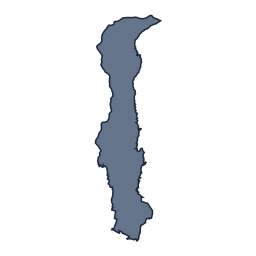 Stanesti, Gorj, Romania
{"feature_id": "2599482B13485546632352", "entity_name": "Stanesti", "entity_type": "district", "adm_level": 2, "iso_a3": "ROU", "parent_name": "Romania", "parent_adm1": "Gorj", "projection": "orthographic", "projection_center": [23.248, 45.191], "detail": "fine", "context": "isolated", "style": "filled", "palette": "slate", "viewbox_px": 256, "rotation_deg": 0, "n_neighbors": 0, "source": "geoboundaries", "source_scale": "gbopen_adm2", "svg_char_len": 5950}
<svg xmlns="http://www.w3.org/2000/svg" viewBox="0 0 256 256"><path d="M141.1,225.0L142.7,224.6L145.0,222.9L145.5,222.8L145.4,221.4L145.6,220.6L146.4,218.9L146.8,218.6L149.2,218.8L149.4,218.0L149.7,217.7L150.0,218.0L150.9,218.4L151.4,218.2L151.7,217.5L152.2,214.5L152.5,214.1L152.4,212.1L152.6,210.9L147.6,203.3L141.3,201.5L141.3,197.3L142.7,197.3L141.2,196.2L139.8,194.8L138.9,194.4L138.7,194.0L138.0,193.9L138.3,192.7L138.7,192.3L138.4,191.9L137.5,191.9L137.5,190.8L136.3,190.7L136.3,190.2L136.2,190.1L137.2,189.9L137.3,189.3L137.0,189.1L136.9,188.2L137.7,188.2L138.0,187.8L138.5,187.7L138.1,187.1L138.4,186.5L138.1,184.8L138.2,184.0L138.6,183.5L138.4,183.4L138.4,182.6L138.6,182.2L138.8,182.1L138.7,181.9L138.7,181.4L139.3,181.5L139.6,180.9L139.4,180.5L138.2,180.5L138.1,180.3L138.7,178.6L140.0,178.4L140.3,178.0L139.1,178.1L139.3,177.7L139.7,177.4L139.2,176.8L140.0,175.9L140.1,175.0L140.8,173.6L141.5,173.1L140.8,172.5L141.5,172.1L140.8,169.9L141.5,166.4L141.9,165.9L142.9,165.4L142.3,165.2L142.7,164.7L143.1,164.5L143.3,164.7L144.6,164.5L144.6,164.0L145.9,163.7L144.8,163.5L145.0,163.2L145.6,163.0L145.6,162.6L145.9,162.5L145.6,162.1L144.9,162.8L143.8,162.8L143.7,161.8L143.4,161.5L143.5,160.8L143.9,160.6L144.0,159.6L143.6,158.2L143.4,158.0L143.7,157.5L143.1,156.6L143.0,155.5L143.3,154.3L143.9,152.9L144.3,152.5L142.7,150.8L142.3,148.5L141.3,148.4L140.4,149.3L140.0,150.3L139.3,151.3L138.8,151.4L137.8,150.9L137.2,150.9L136.9,150.5L137.0,149.8L136.6,148.8L136.9,149.2L137.1,149.2L137.0,148.3L135.7,148.5L136.5,147.8L136.6,147.3L136.6,145.9L136.8,145.5L137.2,145.5L137.4,144.5L137.3,143.8L136.4,143.3L136.8,142.2L136.6,142.1L137.3,141.1L137.4,140.6L137.5,140.0L137.3,139.8L137.6,139.4L137.3,137.8L138.0,137.0L138.4,136.0L138.6,136.0L138.9,135.6L138.7,133.9L139.0,131.7L138.8,130.7L139.7,130.4L140.2,129.5L140.9,129.3L141.0,128.7L139.9,128.6L139.2,129.0L138.4,129.2L138.2,128.2L138.6,126.6L138.0,125.8L137.7,124.3L137.3,123.5L136.6,123.2L135.9,122.5L137.0,122.0L137.7,120.7L137.5,120.3L136.5,119.5L137.6,118.3L136.6,117.2L136.7,115.1L136.6,114.6L137.3,113.7L137.2,113.3L136.2,113.0L135.4,111.9L135.4,111.6L135.9,110.9L136.0,110.5L135.0,109.4L135.0,109.2L135.3,109.0L134.9,108.5L135.0,107.9L135.6,107.3L135.4,106.8L134.5,105.8L134.4,105.4L135.3,104.8L135.5,104.3L134.4,103.0L134.8,101.0L134.3,100.0L134.4,98.3L134.2,97.2L134.6,95.4L135.5,93.7L134.8,92.7L135.3,91.7L135.2,91.0L134.7,90.7L134.6,90.0L133.8,89.2L133.7,88.3L133.0,86.3L133.0,85.2L132.9,84.6L133.2,83.5L132.6,82.4L132.6,81.9L132.7,81.2L133.3,80.6L133.5,80.3L133.5,79.6L134.0,79.1L134.4,77.5L136.1,75.8L136.8,74.5L137.8,73.0L138.8,72.3L138.8,70.9L139.6,69.8L140.1,67.8L140.7,66.9L140.5,65.2L141.6,61.6L140.9,60.6L141.3,59.3L141.1,58.5L140.4,58.1L140.3,57.3L140.0,57.0L140.0,56.6L140.4,56.0L139.9,54.8L138.6,54.8L137.5,55.5L136.7,55.2L136.8,54.6L137.9,53.4L137.9,53.0L136.8,52.2L136.6,51.8L137.1,51.3L136.1,50.3L135.9,49.0L135.0,48.4L135.5,48.1L135.3,47.5L135.6,46.9L134.9,46.1L134.7,44.9L134.8,41.8L135.6,39.4L136.6,38.9L137.4,38.2L137.5,37.3L138.2,36.9L138.9,35.8L139.6,33.9L141.0,33.0L142.0,31.7L143.1,31.1L143.4,30.7L144.2,30.5L144.7,29.7L145.6,29.2L146.6,29.1L147.4,28.7L149.1,27.3L150.8,25.5L151.7,25.4L153.6,24.3L154.5,24.3L156.6,23.4L157.6,22.6L160.6,20.8L156.7,18.8L154.0,17.9L153.3,17.4L151.7,15.6L151.2,15.4L149.9,15.6L146.3,17.9L143.0,18.8L139.5,18.4L137.2,17.5L135.7,17.2L134.1,17.3L132.9,17.6L127.4,17.5L123.0,17.9L119.1,20.7L116.9,21.4L114.8,21.5L114.2,22.1L114.1,23.4L113.8,24.3L113.4,24.7L111.2,25.3L108.4,25.3L108.0,26.5L107.2,27.2L105.9,29.4L104.6,30.6L102.1,35.0L102.0,36.2L101.7,37.2L101.9,39.4L101.7,40.0L101.7,41.4L101.5,41.8L99.6,43.9L97.8,45.2L96.7,46.5L97.4,48.7L101.2,53.9L102.3,55.8L102.0,56.3L102.2,57.1L101.4,59.5L102.0,62.3L101.0,64.2L101.0,64.9L102.7,68.3L104.4,70.3L105.3,72.1L107.7,73.5L109.3,75.3L109.8,76.3L109.9,76.8L109.6,77.7L109.7,78.3L109.4,79.0L109.5,80.4L109.3,81.2L109.7,83.5L109.6,86.4L111.5,89.0L112.1,91.3L112.7,92.7L112.8,93.5L112.7,94.5L113.1,95.7L112.8,96.4L111.8,97.3L110.7,98.7L111.0,99.7L110.9,101.6L110.3,103.4L110.3,105.4L110.6,106.2L110.8,108.4L111.6,110.0L111.2,111.6L109.2,113.8L109.3,115.1L109.0,118.0L108.8,118.7L107.4,121.2L106.9,121.6L104.7,122.2L102.4,122.4L101.5,123.4L101.2,125.2L101.5,127.0L101.3,129.9L100.5,131.5L99.3,132.6L97.9,136.9L97.2,138.1L95.9,140.0L95.4,142.9L99.0,147.1L99.4,148.1L101.0,150.3L100.8,151.2L100.1,152.0L99.7,153.1L99.6,154.3L99.9,155.3L99.1,156.7L98.2,157.5L98.2,158.6L97.7,161.0L98.1,162.6L98.6,162.6L98.3,164.4L98.9,164.5L98.7,164.7L99.3,164.9L99.5,165.2L99.0,166.0L99.3,166.5L100.5,165.4L101.6,166.8L102.5,166.6L102.7,166.0L102.6,165.3L102.8,164.9L102.9,165.6L103.7,165.9L103.3,166.3L103.4,166.5L103.2,166.6L103.1,167.0L105.6,166.1L106.1,167.0L106.6,167.9L107.3,170.7L107.4,172.1L107.4,174.3L107.5,174.7L107.9,174.7L107.3,175.6L108.6,176.4L108.1,176.9L108.0,177.4L108.2,178.4L107.5,178.4L107.4,178.6L107.9,179.3L108.7,179.8L109.1,180.6L109.4,180.8L109.2,181.7L108.4,183.0L108.2,183.9L109.3,184.4L109.6,185.1L110.3,187.2L110.9,187.4L111.8,187.0L112.0,187.3L112.4,187.4L112.7,188.2L112.7,188.6L112.3,189.0L112.5,190.1L113.0,190.5L113.2,191.1L112.7,192.6L113.0,193.3L112.3,197.3L111.7,198.6L111.5,200.5L112.0,203.0L112.6,204.1L112.6,205.9L112.2,206.4L112.2,207.0L113.0,207.6L112.9,208.1L112.0,208.7L111.8,210.0L115.6,211.1L114.5,218.6L116.8,219.1L116.5,221.2L113.7,229.0L112.3,228.6L111.7,229.6L113.4,229.9L113.4,230.0L118.1,232.7L118.3,232.4L119.3,233.2L119.5,233.1L119.3,232.8L119.5,232.0L119.3,231.8L119.7,231.0L119.6,230.8L122.8,232.6L122.5,233.2L127.0,235.2L129.1,236.5L129.0,237.0L128.7,236.9L128.1,238.0L126.9,238.6L127.0,238.9L127.8,239.2L128.0,238.7L128.8,238.6L131.5,239.0L134.3,239.8L135.3,238.9L136.5,239.6L137.1,239.6L136.7,240.6L137.1,240.6L137.7,240.2L137.9,239.5L138.0,239.6L137.9,240.0L138.0,239.9L138.8,238.4L138.8,236.3L139.7,233.4L139.9,233.3L139.8,232.9L140.1,232.6L140.5,226.5L141.1,226.1L140.8,225.3L141.1,225.0Z" fill="#64748b" stroke="#1e293b" stroke-width="1.5"/></svg>